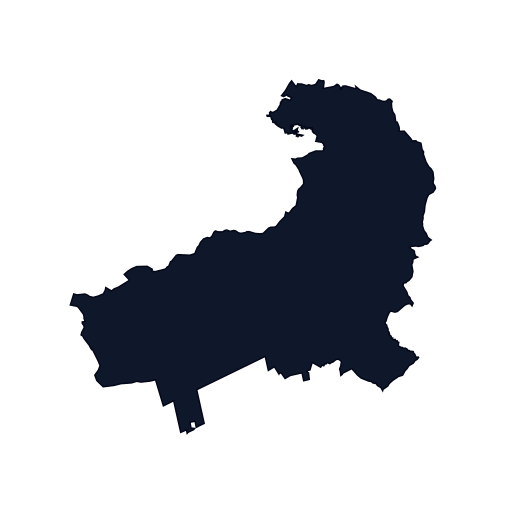 Moldovenesti, Cluj, Romania, rotated 166°
{"feature_id": "2599482B7111939977002", "entity_name": "Moldovenesti", "entity_type": "district", "adm_level": 2, "iso_a3": "ROU", "parent_name": "Romania", "parent_adm1": "Cluj", "projection": "albers", "projection_center": [23.672, 46.466], "detail": "fine", "context": "isolated", "style": "filled", "palette": "ink", "viewbox_px": 512, "rotation_deg": 166, "n_neighbors": 0, "source": "geoboundaries", "source_scale": "gbopen_adm2", "svg_char_len": 6084}
<svg xmlns="http://www.w3.org/2000/svg" viewBox="0 0 512 512"><g transform="rotate(166 256 256)"><path d="M211.4,389.8L211.3,388.8L207.8,387.9L207.8,384.9L207.0,384.9L207.3,381.6L204.7,380.7L205.4,379.9L203.3,376.9L200.3,374.0L198.4,373.7L197.9,371.6L197.9,368.3L195.4,368.0L195.4,366.6L190.8,366.6L189.1,364.5L189.8,366.2L189.6,366.4L186.8,363.6L187.8,362.7L186.5,361.6L186.1,361.9L186.9,363.1L186.5,363.4L182.7,361.3L181.4,361.8L186.4,364.2L187.7,366.1L187.9,366.8L187.7,367.4L187.1,366.4L186.9,366.7L186.4,366.0L186.0,366.2L186.4,366.9L186.2,367.3L184.4,365.8L185.4,367.1L185.7,368.2L184.8,369.8L188.9,368.3L191.3,369.3L191.5,369.8L191.1,370.6L191.0,370.3L190.5,370.8L189.9,370.0L190.2,370.6L189.5,370.8L190.3,370.9L190.4,371.5L189.4,372.3L190.7,372.3L191.3,372.9L191.2,373.4L189.6,373.7L189.9,373.1L189.1,372.5L187.8,373.2L189.1,373.1L188.6,373.9L188.9,374.2L183.8,373.7L184.3,374.2L183.6,374.2L182.5,373.2L182.7,372.7L182.4,372.2L180.3,371.7L180.2,371.2L181.1,370.0L180.5,368.4L179.8,368.8L179.4,368.4L179.1,369.8L178.2,370.1L177.4,369.9L177.7,368.3L176.8,367.1L176.0,367.7L175.4,367.0L174.7,367.1L174.5,367.8L173.8,367.9L172.1,366.1L172.3,367.3L170.7,366.5L170.6,367.8L170.3,365.5L170.9,364.1L171.0,363.0L170.2,361.4L168.3,359.6L167.5,357.7L170.2,352.8L164.7,350.4L163.2,348.3L163.6,347.4L163.0,346.6L163.3,345.2L164.4,344.1L164.6,342.6L166.0,341.7L172.4,343.4L179.6,342.6L181.3,341.5L187.4,339.9L192.3,340.8L194.1,340.3L197.6,341.6L196.6,336.9L195.1,334.8L193.2,329.1L193.2,327.9L191.6,320.2L191.5,318.1L192.3,314.4L196.5,311.3L198.2,310.6L199.8,308.9L201.2,305.1L201.3,302.7L204.8,295.1L208.9,293.3L213.2,289.8L214.7,289.9L216.4,291.4L218.7,287.1L224.8,283.4L228.9,280.0L231.0,279.5L234.7,280.3L236.8,280.1L243.5,276.2L246.2,276.4L251.2,278.0L256.8,281.3L259.1,281.8L260.4,281.3L265.1,281.6L267.5,282.8L269.5,285.1L271.2,286.1L275.2,286.2L278.1,288.3L280.3,288.3L282.5,287.5L286.7,288.5L289.4,290.1L291.1,289.2L293.7,286.1L295.1,285.1L296.8,284.7L298.8,285.7L302.8,285.2L306.5,282.7L308.9,279.7L310.7,278.7L314.8,273.1L320.1,272.8L331.5,276.2L333.2,275.9L338.9,271.5L340.3,271.1L343.2,267.1L345.0,266.8L346.3,265.6L347.9,265.2L357.8,265.2L360.7,266.6L359.9,268.3L364.1,272.3L374.2,274.6L379.4,273.8L384.2,272.2L388.3,270.0L384.7,263.5L385.6,262.7L397.2,259.0L401.7,258.4L404.6,257.0L409.4,261.7L410.5,259.3L413.2,256.2L418.9,255.3L423.9,255.2L427.4,257.0L428.9,258.8L431.2,260.5L439.2,261.6L442.0,263.3L448.0,253.4L442.0,250.6L440.8,249.3L437.5,241.3L437.5,238.5L438.0,236.9L437.5,233.9L440.6,234.0L440.8,232.4L439.9,230.4L439.9,228.2L443.5,224.1L444.8,221.7L443.3,220.0L442.8,217.6L439.4,209.7L438.7,206.6L437.9,204.7L437.1,204.2L434.4,191.9L433.8,187.3L436.6,183.3L441.2,179.4L440.6,173.7L435.9,166.1L425.2,164.8L417.9,164.8L407.4,163.0L402.1,163.3L398.1,161.5L389.3,160.3L383.4,160.2L382.1,133.0L370.9,135.5L371.7,103.1L365.5,104.1L365.7,100.6L364.5,101.4L358.5,102.6L357.3,103.5L360.7,104.8L360.3,110.7L355.1,110.4L355.4,104.2L353.5,104.6L352.8,105.4L352.7,104.9L346.8,106.1L345.9,140.6L271.3,156.4L271.7,142.0L264.9,144.1L262.3,135.9L261.8,136.5L260.2,136.6L259.6,135.9L257.4,130.1L251.7,131.8L239.6,131.5L239.9,123.4L234.2,123.4L233.3,129.9L234.3,131.0L234.2,132.4L231.2,132.4L228.0,137.9L227.0,139.0L220.2,132.5L218.1,134.2L216.8,133.1L215.1,135.0L214.2,134.3L212.8,135.4L210.4,133.7L208.7,134.4L207.0,134.5L203.4,136.2L201.0,135.9L199.4,134.3L198.7,132.8L200.4,128.7L202.2,126.1L202.1,123.4L202.6,119.6L201.1,120.2L200.1,121.3L190.3,123.6L186.3,115.9L183.6,112.2L177.0,107.4L174.5,106.4L173.2,104.5L170.3,103.2L169.5,100.9L166.6,98.1L165.7,94.7L165.0,95.9L159.7,97.9L157.5,100.1L153.3,102.3L147.0,104.6L142.6,104.9L139.0,108.8L136.9,110.0L134.1,112.6L129.3,114.0L127.0,116.0L124.5,116.8L122.8,118.2L122.9,118.6L125.1,119.0L125.8,122.5L126.6,123.7L126.5,125.0L126.8,125.4L129.8,126.3L130.0,127.1L131.7,127.8L131.8,128.9L133.4,130.5L135.3,130.7L136.0,131.8L137.3,132.1L138.1,133.0L139.4,133.7L139.3,135.6L138.4,137.6L139.0,137.8L139.6,139.6L140.2,139.4L141.0,140.2L141.1,141.3L143.3,141.8L143.5,142.3L143.2,143.3L144.6,143.8L144.3,144.7L144.5,145.8L145.8,147.5L145.3,148.3L145.4,150.0L146.1,151.4L145.5,153.2L146.1,156.1L145.9,157.2L146.7,158.3L147.0,160.5L145.7,161.3L143.4,165.2L140.5,168.8L139.1,169.8L137.9,169.7L135.0,168.0L132.3,167.9L123.4,172.4L120.1,172.9L117.7,172.2L116.7,169.9L114.9,172.3L116.6,176.1L116.8,178.6L118.2,180.7L118.4,184.5L120.6,191.5L119.6,193.5L118.7,194.1L116.9,193.8L115.7,194.8L113.7,195.2L109.8,198.1L107.5,203.1L107.0,209.9L105.5,211.9L104.4,215.0L99.4,215.8L101.3,217.4L101.5,220.7L101.2,222.0L101.6,223.2L103.7,225.1L104.9,227.5L102.4,227.7L98.1,227.0L96.1,226.0L91.5,225.8L89.6,226.7L87.3,226.2L86.0,226.7L83.8,228.6L82.2,229.2L84.8,232.4L85.5,236.9L86.9,240.0L87.2,245.2L86.6,246.8L86.6,248.5L84.8,252.1L84.3,254.6L81.9,258.3L79.8,264.3L76.0,271.1L73.5,273.9L68.8,275.1L65.9,277.7L65.4,278.6L65.6,280.8L66.4,282.9L66.4,284.6L64.9,288.0L64.0,294.8L65.1,298.3L66.8,300.9L68.3,306.2L69.0,314.4L68.2,316.4L69.1,319.2L68.7,325.6L72.7,328.1L72.9,329.1L76.7,329.9L77.4,332.4L82.0,341.3L86.0,342.1L86.8,343.2L86.1,345.2L86.0,347.0L86.6,351.6L87.7,352.3L87.9,353.0L87.2,359.4L88.4,362.8L88.4,367.6L87.6,371.6L86.5,373.2L88.3,375.9L89.8,376.1L91.7,374.9L93.5,374.8L95.9,375.5L98.7,377.5L100.6,378.0L101.8,381.4L105.4,385.8L114.8,391.8L118.1,396.2L118.0,394.5L119.5,394.5L127.9,399.3L130.5,399.8L130.6,399.1L131.4,398.4L131.8,399.0L132.5,398.9L132.8,397.8L133.1,398.4L133.5,396.6L133.7,399.6L134.2,401.2L135.4,401.9L134.9,402.2L135.9,403.0L139.5,401.6L150.2,402.2L147.9,408.2L147.9,409.7L149.9,410.0L152.5,411.8L155.9,408.7L155.9,408.2L158.5,407.9L161.1,408.0L163.4,409.4L164.8,409.1L166.2,409.4L170.6,412.1L170.9,411.8L173.8,413.0L175.7,410.6L176.9,412.0L179.1,417.3L181.6,415.4L187.3,409.4L192.4,405.4L190.7,404.1L187.1,404.8L186.5,404.4L186.4,403.5L183.1,401.2L185.2,398.7L189.5,401.6L192.5,401.2L192.9,401.1L193.0,400.1L194.2,399.8L194.0,399.2L195.4,398.5L195.2,397.6L199.7,392.9L199.7,392.5L204.5,391.2L205.6,391.4L207.0,392.6L207.3,392.0L208.1,391.9L208.6,389.3L211.4,389.8Z" fill="#0f172a" stroke="#020617" stroke-width="1.5"/></g></svg>